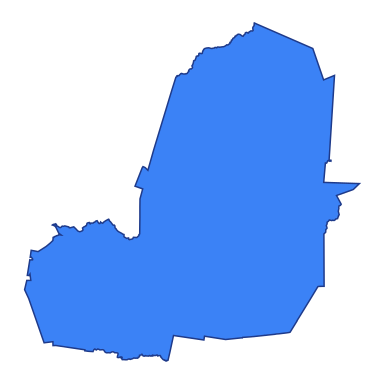 outline of Villagrán, Tamaulipas, Mexico
{"feature_id": "50627088B25929785695958", "entity_name": "Villagrán", "entity_type": "district", "adm_level": 2, "iso_a3": "MEX", "parent_name": "Mexico", "parent_adm1": "Tamaulipas", "projection": "mercator", "projection_center": [-99.363, 24.589], "detail": "fine", "context": "isolated", "style": "filled", "palette": "blue", "viewbox_px": 384, "rotation_deg": 0, "n_neighbors": 0, "source": "geoboundaries", "source_scale": "gbopen_adm2", "svg_char_len": 5809}
<svg xmlns="http://www.w3.org/2000/svg" viewBox="0 0 384 384"><path d="M175.9,77.2L171.8,90.3L153.6,150.2L147.9,170.3L145.4,167.8L144.8,167.4L143.0,166.6L142.2,167.8L135.0,186.2L142.7,188.9L140.0,198.9L139.9,206.8L139.9,217.2L139.7,233.4L139.7,233.9L138.9,234.7L138.9,235.6L136.8,237.5L133.4,237.3L132.7,238.8L131.2,239.3L130.3,239.4L129.5,239.7L128.8,239.4L128.7,238.1L128.3,237.9L127.4,238.2L126.7,238.4L125.1,237.4L124.5,237.2L124.0,236.7L124.0,235.0L124.0,234.5L122.7,234.1L121.8,233.4L118.8,231.8L117.9,231.2L116.5,229.7L116.0,228.7L115.3,228.2L115.0,227.6L114.9,225.9L114.3,225.1L113.3,225.2L112.8,224.8L110.5,221.8L109.7,221.1L109.1,220.3L109.0,219.5L108.7,219.2L108.3,219.3L105.9,220.6L103.8,222.0L102.7,223.2L101.5,222.8L100.6,222.0L100.3,222.9L99.8,223.5L99.1,223.5L98.2,222.5L97.1,220.7L96.0,221.0L95.3,221.5L94.6,222.3L93.8,222.4L93.1,223.1L90.5,223.1L90.3,223.8L89.8,223.7L89.3,222.5L87.9,222.8L87.0,223.3L86.6,225.0L86.1,225.8L85.5,225.9L85.0,226.5L84.0,226.8L82.5,228.0L83.0,229.9L82.4,230.7L80.7,231.5L79.4,231.7L77.7,230.9L76.3,229.3L74.8,227.8L74.1,227.3L73.8,226.8L70.1,227.8L69.2,227.7L68.8,226.9L64.8,225.9L63.5,226.3L62.2,226.1L61.0,227.3L60.2,227.6L59.4,227.4L58.2,226.5L57.1,226.1L56.7,225.3L56.3,225.7L56.1,225.5L56.4,224.5L55.7,223.8L55.0,224.3L54.5,224.1L53.1,224.5L52.4,225.0L54.2,225.7L55.2,226.4L56.1,227.7L58.8,233.3L61.3,235.1L61.0,235.1L60.1,234.6L59.6,234.8L59.1,234.4L58.5,234.9L58.5,235.1L57.7,235.5L56.9,235.6L56.3,235.8L55.7,236.3L55.0,236.4L54.3,236.8L54.0,237.3L53.3,237.2L53.1,237.4L53.3,237.8L53.0,238.7L52.9,240.5L50.2,243.1L46.1,246.5L38.1,251.6L31.2,250.3L30.2,257.3L31.3,257.1L32.7,259.1L32.6,259.8L32.4,259.9L31.8,259.7L30.9,260.0L29.8,259.8L29.3,263.0L27.3,275.4L28.2,275.4L29.1,275.6L30.0,274.1L30.8,280.4L26.8,280.4L24.6,289.7L28.7,298.5L44.1,342.8L52.9,341.7L53.0,345.6L55.9,345.5L84.9,349.8L84.8,350.8L88.3,351.3L93.0,351.6L93.8,349.8L94.5,349.2L94.9,349.0L96.2,350.0L97.8,349.0L99.3,349.5L99.8,349.9L102.7,349.7L103.6,350.0L104.0,350.4L104.5,351.3L105.3,352.3L106.5,352.8L109.0,352.7L110.1,352.9L111.9,351.9L112.7,351.8L113.2,351.8L113.5,351.9L114.8,352.8L116.0,352.7L117.6,353.0L117.8,353.1L118.1,353.9L117.7,355.4L117.4,356.3L117.4,357.4L117.8,357.5L118.8,357.6L121.1,356.9L121.9,357.1L122.1,357.4L122.0,357.9L120.9,357.4L121.1,358.1L122.1,359.2L122.2,359.6L122.8,359.7L123.4,359.6L125.9,359.8L127.2,359.7L128.3,359.1L129.7,359.0L129.9,359.3L130.3,359.4L132.8,358.6L133.5,358.1L134.0,358.0L135.0,358.2L136.4,358.1L137.4,358.2L137.8,358.1L138.3,357.6L138.3,357.2L139.1,357.0L139.6,356.3L139.5,355.3L141.0,355.0L141.4,355.0L141.8,354.8L142.0,354.4L143.1,355.9L143.6,355.9L144.0,356.2L144.3,356.2L144.8,355.8L145.4,355.6L145.6,355.6L145.8,356.0L146.2,356.0L146.8,355.9L147.4,356.0L148.6,356.1L149.2,355.9L149.2,355.6L149.6,355.5L150.4,356.0L150.9,356.1L151.3,355.7L152.1,356.1L152.4,356.0L152.4,355.4L152.5,355.2L153.4,355.7L153.8,355.3L154.3,355.5L155.5,355.5L156.9,355.0L157.5,355.2L157.6,355.9L160.1,355.5L160.8,356.4L160.8,357.0L163.0,359.5L163.9,359.9L164.3,360.3L164.7,360.0L165.6,360.7L165.9,360.6L166.0,361.0L166.8,360.9L167.1,360.5L168.0,360.3L169.9,352.2L173.5,335.5L203.9,340.0L204.5,336.2L225.6,339.5L242.0,337.8L241.9,338.4L242.6,337.4L250.9,336.8L252.8,336.6L253.2,336.6L263.6,335.5L264.7,335.3L264.8,335.4L267.2,335.1L274.8,334.3L276.3,334.0L278.9,333.8L286.4,332.9L289.1,332.5L290.1,332.2L297.0,321.0L296.9,320.9L309.9,299.8L317.9,286.6L318.6,286.5L318.9,286.4L324.1,286.3L323.9,234.0L325.7,232.2L325.8,229.6L327.0,228.3L326.9,227.3L326.3,225.7L327.1,223.8L327.1,222.2L328.5,221.2L329.3,220.0L331.8,220.6L332.8,220.2L334.0,220.5L335.2,219.8L335.6,219.1L337.6,218.6L337.9,217.3L338.4,216.7L338.4,215.8L339.2,214.8L338.3,211.3L338.9,208.2L338.7,207.3L339.1,205.8L340.4,205.4L341.2,204.2L336.5,195.5L352.5,189.8L353.4,189.4L359.4,183.6L323.7,182.4L325.4,163.0L326.6,163.1L327.5,161.4L327.6,161.0L328.1,160.6L329.0,161.0L329.8,161.2L330.3,161.0L330.9,161.2L331.0,160.3L329.1,160.0L334.5,75.4L323.6,79.9L312.8,48.5L254.3,23.0L254.2,23.4L254.2,23.8L254.1,25.6L254.0,25.8L253.3,26.6L252.8,27.7L252.7,28.0L252.9,28.8L252.9,29.5L253.1,29.9L253.1,30.4L252.7,30.9L252.4,31.0L251.5,30.9L250.5,31.0L249.8,31.7L249.2,31.8L248.6,32.8L248.3,33.0L248.1,33.1L247.9,33.0L246.8,32.4L246.2,32.4L245.8,32.6L245.2,33.1L245.1,33.8L244.9,34.2L243.6,35.3L243.4,35.9L243.1,36.3L242.6,36.2L241.8,35.8L240.3,34.6L240.0,34.5L238.8,34.2L237.9,34.3L237.3,34.9L236.2,35.4L236.0,35.6L236.0,36.0L235.9,36.1L235.6,36.3L235.0,36.3L234.9,36.5L234.9,37.0L234.4,37.7L233.9,37.8L233.0,38.3L232.7,38.8L232.6,39.3L232.2,40.0L231.7,40.0L231.4,40.2L231.3,41.3L230.8,41.9L230.7,42.4L230.5,42.5L229.9,42.5L230.0,43.3L229.9,43.6L228.5,44.4L228.1,44.9L227.6,45.0L226.9,44.8L226.5,44.9L226.1,45.4L224.6,46.3L224.2,46.5L223.1,46.8L222.2,46.8L220.8,47.1L220.0,47.1L219.7,47.3L218.9,47.1L217.7,47.0L217.3,47.1L217.1,47.5L216.9,47.7L216.6,47.8L215.4,47.4L215.0,47.4L214.1,48.1L213.7,48.1L212.5,48.3L212.1,48.5L210.9,48.4L208.8,47.8L206.6,48.0L204.8,48.5L204.3,49.0L203.7,49.3L203.5,50.1L203.1,50.4L202.9,50.8L202.9,51.2L202.4,52.2L202.3,53.3L201.9,53.6L201.1,53.6L200.6,53.5L200.1,53.2L199.2,53.3L198.8,53.8L198.8,55.0L198.6,55.5L197.9,56.1L197.2,55.9L196.9,56.2L196.3,56.4L196.2,56.6L196.1,57.6L195.7,58.4L195.4,59.5L195.2,59.8L194.8,60.4L193.9,60.6L193.6,60.9L193.6,61.1L193.5,62.0L193.3,62.6L193.3,63.2L192.9,64.0L192.6,65.1L192.1,65.4L192.0,65.7L192.0,66.2L192.5,67.0L192.5,67.5L192.4,67.9L191.4,68.9L190.4,68.9L189.6,69.2L189.4,69.4L188.7,70.4L188.6,70.9L188.8,71.2L188.8,71.5L188.3,71.8L187.2,73.4L186.6,73.7L186.0,73.6L185.6,73.9L183.9,74.0L182.9,73.9L182.4,73.6L182.0,73.6L181.7,73.7L181.3,73.4L181.1,73.5L180.6,73.8L180.1,74.4L179.3,75.2L179.1,75.6L178.2,75.7L177.9,75.6L177.1,75.7L177.2,76.0L177.2,76.4L176.4,76.8L175.9,77.2Z" fill="#3b82f6" stroke="#1e3a8a" stroke-width="1.5"/></svg>